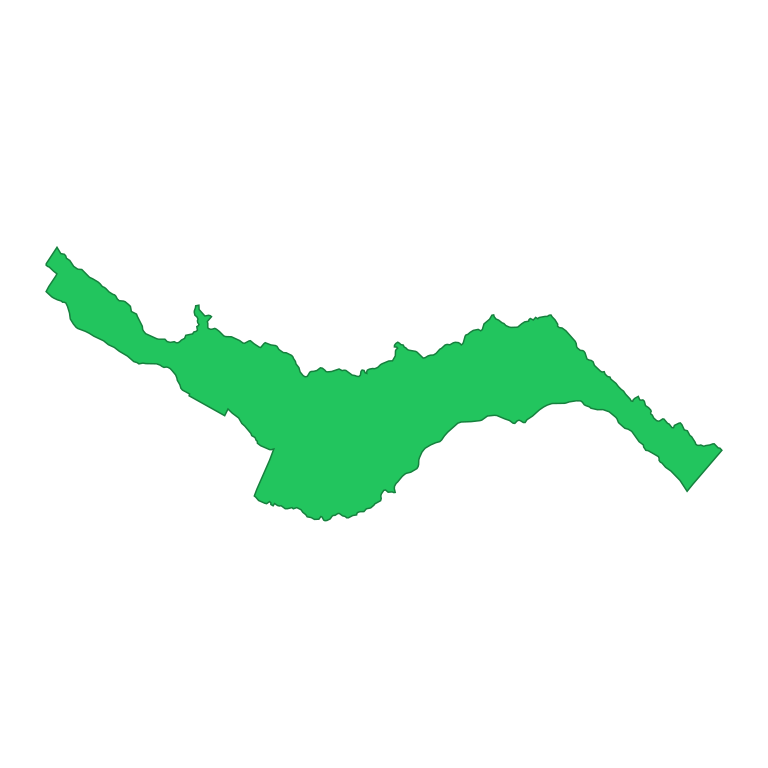 Thika Town, Central, Kenya
{"feature_id": "3690345B96807773656326", "entity_name": "Thika Town", "entity_type": "district", "adm_level": 2, "iso_a3": "KEN", "parent_name": "Kenya", "parent_adm1": "Central", "projection": "mercator", "projection_center": [37.162, -1.055], "detail": "fine", "context": "isolated", "style": "filled", "palette": "green", "viewbox_px": 768, "rotation_deg": 0, "n_neighbors": 0, "source": "geoboundaries", "source_scale": "gbopen_adm2", "svg_char_len": 6094}
<svg xmlns="http://www.w3.org/2000/svg" viewBox="0 0 768 768"><path d="M57.0,247.3L46.3,263.6L46.1,265.1L47.6,266.4L49.3,267.1L53.6,271.2L56.9,273.8L56.0,275.7L48.8,286.5L46.1,291.6L51.7,296.8L53.6,298.0L57.4,299.8L61.5,301.1L62.5,302.2L64.1,302.2L65.8,302.9L67.5,306.4L69.5,313.0L70.3,319.0L73.4,324.0L76.1,327.3L77.8,328.5L85.3,331.3L89.3,333.3L93.9,336.2L103.6,340.8L108.4,344.7L114.3,347.4L119.2,351.2L127.5,356.1L133.8,361.6L137.1,362.6L138.9,363.9L142.9,363.1L145.8,363.6L156.5,363.8L160.1,365.1L162.1,366.5L164.0,367.4L166.3,367.0L168.1,367.4L170.2,368.6L172.0,370.5L175.7,375.0L176.9,378.1L177.3,380.3L179.9,384.8L180.9,388.3L182.5,390.1L189.6,394.0L189.1,395.8L224.7,415.7L228.0,409.0L232.2,413.1L238.7,418.0L241.8,423.4L244.9,426.2L250.9,433.4L251.7,435.6L255.0,437.5L256.2,440.4L257.3,441.2L257.4,443.2L260.6,445.7L269.6,449.6L271.2,449.7L273.8,449.0L269.6,460.2L256.9,489.1L254.3,496.0L255.8,497.2L258.6,500.5L264.7,503.2L266.6,503.7L269.6,501.6L270.8,502.8L270.9,504.5L273.1,505.8L274.6,503.5L277.5,505.5L279.4,506.0L281.1,505.7L285.2,508.7L287.5,508.7L292.0,507.6L293.3,508.8L296.8,507.6L301.0,509.7L302.8,512.3L305.8,514.7L307.2,516.8L311.3,517.6L314.4,519.4L318.9,519.2L320.9,516.5L322.1,517.1L323.7,520.1L325.0,520.7L326.9,520.5L330.2,518.9L332.0,516.3L333.0,515.5L335.1,515.3L337.9,513.5L339.4,513.5L342.5,515.8L345.2,516.5L346.7,517.8L348.4,517.8L352.8,515.5L356.6,514.9L356.9,513.3L358.1,512.3L359.9,511.7L363.9,511.6L366.4,508.8L370.7,507.9L373.9,505.2L374.9,503.8L380.6,500.7L381.2,498.6L380.8,495.9L381.4,493.9L383.8,490.3L385.6,490.0L388.1,492.2L392.2,491.9L393.9,492.6L395.2,492.4L394.3,488.6L394.5,486.3L396.1,483.4L397.6,482.0L402.3,476.3L404.8,474.2L406.3,473.3L410.8,472.2L416.9,468.6L418.1,466.6L418.6,464.6L418.8,459.9L419.5,457.6L421.9,452.2L423.9,449.6L425.3,448.1L430.7,444.9L435.8,442.7L439.8,441.6L441.6,440.0L444.4,435.9L447.7,432.2L457.8,423.2L461.2,422.0L471.4,421.6L480.1,420.6L481.8,420.1L487.5,416.0L494.4,415.3L496.8,415.5L504.6,418.8L509.5,420.5L513.1,423.2L514.8,423.4L517.3,420.8L519.0,420.2L520.4,420.7L523.3,422.5L525.1,422.5L527.0,419.7L532.6,416.0L539.5,409.8L543.6,407.0L547.2,405.1L552.0,403.5L564.4,403.3L566.0,403.0L569.2,401.9L576.3,400.8L580.7,400.9L582.3,402.1L584.3,404.8L586.1,405.7L589.5,406.9L590.9,408.2L597.4,409.7L603.0,409.6L609.2,411.8L615.7,417.2L616.9,418.6L618.5,422.6L622.8,426.5L624.9,428.3L628.2,429.2L631.7,431.3L639.1,441.7L643.3,444.9L643.7,447.1L645.8,450.3L648.2,450.7L658.4,456.6L659.1,458.3L659.1,460.4L660.3,462.1L661.9,463.0L665.6,467.3L670.9,471.0L680.0,480.4L687.1,491.3L692.7,484.4L721.9,450.3L720.0,448.2L718.2,447.9L714.2,443.8L712.7,443.9L709.7,445.0L705.6,445.6L703.9,446.3L700.8,445.0L699.2,445.4L697.3,445.3L695.8,444.2L695.1,442.2L691.6,436.7L689.9,435.5L687.4,430.8L684.3,429.9L681.9,424.7L680.3,422.9L678.9,423.2L674.4,425.4L673.6,427.7L671.9,427.6L669.2,424.1L667.5,423.3L664.0,419.1L662.7,418.9L659.7,420.9L658.3,421.2L656.6,420.6L653.7,418.0L652.3,415.1L650.8,414.0L650.6,412.7L651.2,411.3L650.7,410.0L648.6,407.7L645.5,405.6L644.3,401.2L642.9,399.9L641.0,400.2L639.7,399.8L638.3,396.4L634.7,398.4L633.2,399.9L632.7,401.3L631.1,400.9L630.1,399.0L625.5,394.1L623.6,391.2L621.1,389.3L618.4,386.6L616.0,383.4L610.8,379.1L610.0,377.1L607.5,376.5L605.1,374.1L604.2,371.7L602.1,372.0L600.5,371.2L594.4,365.4L593.1,361.8L591.3,360.5L589.0,360.0L587.0,359.0L585.0,352.8L584.0,351.4L582.8,350.6L580.2,350.3L577.3,347.9L576.6,346.6L576.2,343.5L575.2,341.3L565.9,330.8L562.1,328.0L559.3,327.6L557.6,326.3L557.7,324.2L555.0,319.8L552.1,316.8L551.0,315.0L549.2,315.2L547.3,316.4L545.2,316.4L539.2,317.5L537.8,318.7L535.6,317.4L533.3,320.0L530.3,318.5L529.0,319.6L528.6,321.2L524.6,321.9L521.8,323.7L517.6,327.2L511.0,327.4L509.3,327.1L505.9,325.6L503.9,323.5L502.2,322.9L498.6,320.1L496.0,319.0L494.2,316.7L493.7,314.9L491.9,315.2L489.6,319.2L484.0,323.9L482.3,329.6L480.7,330.8L478.2,329.4L473.3,330.4L470.2,332.3L467.9,334.3L465.9,335.0L465.1,336.2L463.4,342.4L462.7,343.8L461.3,344.9L459.8,343.4L458.4,342.6L455.3,342.3L453.3,342.8L449.9,344.8L447.1,344.4L445.1,345.0L441.4,348.4L439.8,349.2L436.2,353.3L433.5,355.0L430.3,355.2L428.1,355.9L425.1,357.7L423.2,358.1L417.1,352.2L415.7,351.4L408.5,350.1L407.3,349.4L406.0,348.0L404.1,346.9L403.3,345.1L400.7,344.5L399.6,343.3L397.8,342.2L395.8,343.5L394.5,345.3L394.4,346.9L396.7,347.1L397.6,348.2L396.2,349.5L395.5,350.8L395.3,355.9L392.5,360.8L388.7,361.0L382.0,363.8L380.5,364.7L378.0,367.2L376.3,368.1L374.5,368.7L372.6,368.5L369.4,369.1L367.4,370.1L366.6,371.9L366.8,373.4L365.0,372.7L364.1,370.5L362.1,370.0L361.0,371.4L360.4,375.2L359.0,376.5L356.8,376.3L354.8,375.5L352.2,375.1L345.8,370.4L344.2,370.2L342.1,370.6L339.1,369.0L331.6,371.5L327.3,371.9L325.8,371.4L325.0,370.3L322.4,368.2L320.4,367.8L316.9,370.5L313.9,371.3L311.1,371.5L309.8,372.2L307.3,376.4L305.1,376.8L303.1,375.6L300.1,371.9L298.9,367.6L296.0,363.9L295.4,361.4L293.5,358.5L292.9,356.9L291.6,355.4L286.3,352.8L283.3,352.6L278.9,349.5L277.0,346.4L275.6,345.6L270.8,344.9L265.2,342.7L264.0,343.6L260.7,347.5L259.3,347.2L254.1,343.8L250.4,340.7L249.1,340.9L244.5,343.3L242.9,343.0L239.7,340.6L231.5,336.8L225.6,336.6L223.8,335.9L219.3,331.4L216.3,329.1L214.8,328.4L212.1,329.2L210.6,329.3L208.9,328.7L207.8,327.8L207.8,323.4L207.3,321.5L211.5,316.7L210.3,315.7L208.6,315.3L204.9,316.0L199.1,309.5L198.9,305.2L195.7,305.8L195.4,307.9L194.3,311.0L194.3,312.5L194.9,315.2L196.9,316.9L198.0,319.0L197.4,320.8L197.7,322.6L199.0,324.5L198.3,325.7L196.8,326.6L197.4,330.2L196.3,331.3L193.8,332.0L192.6,333.9L185.8,335.3L184.6,338.4L181.5,340.0L179.4,342.0L177.8,342.8L176.3,342.8L174.3,341.7L170.3,342.4L167.2,341.6L164.9,339.2L158.6,339.2L156.9,338.8L145.7,333.7L143.6,331.2L142.7,329.6L142.3,326.2L137.4,316.5L136.5,314.1L131.4,311.5L130.4,306.3L128.4,304.4L125.1,301.7L123.5,301.1L119.2,300.7L117.3,299.0L115.8,296.1L114.6,294.9L112.8,294.3L109.0,291.9L105.7,288.4L104.3,287.4L102.4,286.6L100.0,283.7L98.2,282.1L92.7,278.8L89.5,277.3L81.8,269.5L77.8,269.2L73.7,266.4L69.8,260.5L66.4,258.2L65.8,256.0L64.4,254.3L60.8,253.6L57.0,247.3Z" fill="#22c55e" stroke="#15803d" stroke-width="1.5"/></svg>